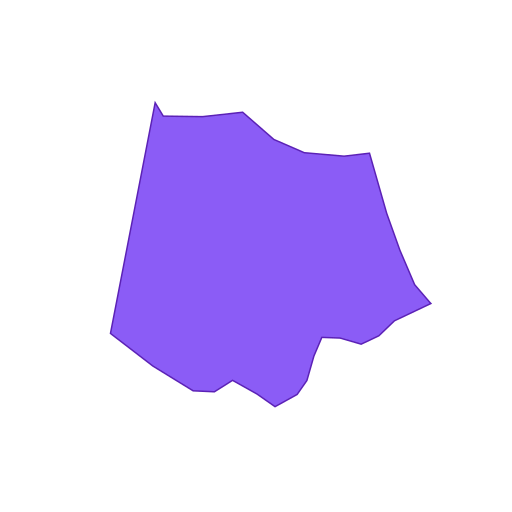 Geumjeong-gu, Busan, South Korea, rotated 305°
{"feature_id": "91817680B87761816793360", "entity_name": "Geumjeong-gu", "entity_type": "district", "adm_level": 2, "iso_a3": "KOR", "parent_name": "South Korea", "parent_adm1": "Busan", "projection": "robinson", "projection_center": [129.093, 35.254], "detail": "fine", "context": "isolated", "style": "filled", "palette": "violet", "viewbox_px": 512, "rotation_deg": 305, "n_neighbors": 0, "source": "geoboundaries", "source_scale": "gbopen_adm2", "svg_char_len": 528}
<svg xmlns="http://www.w3.org/2000/svg" viewBox="0 0 512 512"><g transform="rotate(305 256 256)"><path d="M323.7,85.5L109.1,181.2L106.7,234.6L109.5,281.8L120.9,299.8L140.7,308.1L143.5,335.8L143.5,358.0L154.1,363.2L166.2,369.1L183.2,369.1L207.3,360.8L227.1,356.6L237.0,371.9L244.1,392.7L261.1,402.4L282.4,406.6L317.4,426.5L317.8,424.6L323.5,402.4L343.3,370.5L365.9,338.6L405.3,290.0L388.3,270.9L368.3,236.3L361.7,203.8L366.1,162.6L339.5,132.3L317.4,99.8L323.7,85.5Z" fill="#8b5cf6" stroke="#5b21b6" stroke-width="1.5"/></g></svg>